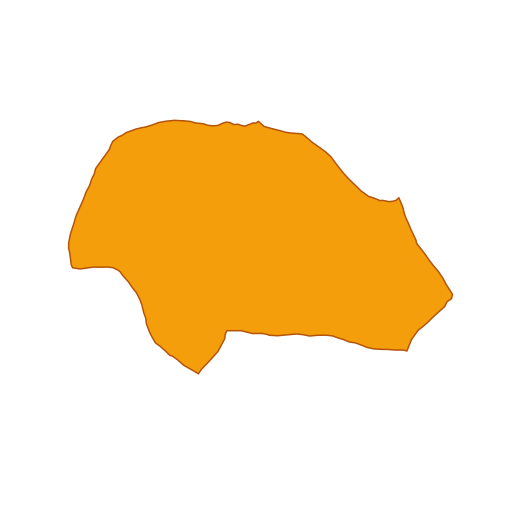 outline of Okitipupa, Ondo, Nigeria, rotated 126°
{"feature_id": "59680162B5540117047510", "entity_name": "Okitipupa", "entity_type": "district", "adm_level": 2, "iso_a3": "NGA", "parent_name": "Nigeria", "parent_adm1": "Ondo", "projection": "natural_earth1", "projection_center": [4.71, 6.565], "detail": "fine", "context": "isolated", "style": "filled", "palette": "amber", "viewbox_px": 512, "rotation_deg": 126, "n_neighbors": 0, "source": "geoboundaries", "source_scale": "gbopen_adm2", "svg_char_len": 2384}
<svg xmlns="http://www.w3.org/2000/svg" viewBox="0 0 512 512"><g transform="rotate(126 256 256)"><path d="M373.3,397.5L369.9,390.7L360.5,381.0L357.1,376.1L352.0,369.3L349.4,364.6L348.6,359.7L348.6,356.8L350.2,351.9L351.9,344.1L354.4,337.1L356.0,331.2L359.4,324.4L362.7,319.5L367.8,313.6L369.6,310.9L371.1,308.7L375.4,304.7L380.4,296.9L382.9,292.0L384.8,287.6L385.4,286.1L385.4,280.3L386.2,272.5L387.0,267.6L386.1,264.6L386.1,257.8L386.4,255.2L386.9,250.0L386.0,242.2L385.1,233.4L379.2,233.5L372.5,232.5L364.9,231.6L355.6,230.7L348.0,231.7L341.2,232.7L337.8,234.7L333.6,235.7L325.1,224.0L320.8,213.3L315.7,206.5L314.5,204.3L313.2,201.7L312.3,198.7L308.0,191.9L307.3,191.1L302.9,186.1L295.3,177.4L291.9,171.5L289.3,165.7L284.2,159.9L279.1,153.1L275.7,147.2L274.0,141.4L272.3,136.5L270.6,129.7L268.0,124.8L266.3,119.0L264.6,112.2L262.0,106.3L257.7,99.5L254.3,94.7L250.1,87.9L245.8,82.0L244.1,78.1L235.0,80.4L232.3,81.1L221.3,81.2L210.3,78.4L201.0,76.8L199.3,76.5L185.8,73.6L180.7,74.6L175.6,72.7L171.4,74.7L167.2,85.5L163.9,92.3L162.6,96.0L161.4,99.2L159.7,106.0L158.1,111.9L154.7,121.7L154.5,122.6L151.4,133.4L148.9,136.3L143.0,147.1L140.5,151.0L137.2,156.9L134.6,160.8L130.4,165.7L127.9,169.7L125.0,174.6L128.8,175.5L131.3,177.5L133.9,180.4L135.2,183.3L136.5,186.2L138.2,188.1L139.9,195.0L141.6,199.8L141.6,203.4L141.6,203.7L141.6,209.6L141.4,210.7L140.8,214.5L140.0,220.3L139.2,226.2L138.4,230.1L137.5,234.0L137.4,234.6L136.7,237.0L135.9,239.9L134.2,245.8L131.7,253.6L130.9,260.4L130.9,265.3L130.9,271.2L131.0,277.0L130.2,286.7L130.2,288.1L130.2,290.7L136.2,300.4L138.7,305.3L140.4,310.1L142.4,315.0L144.7,320.9L146.4,325.7L145.7,333.2L149.0,334.5L149.8,336.4L153.1,338.5L155.6,340.1L157.5,341.3L159.2,345.2L160.0,348.1L162.6,351.0L163.5,355.9L165.2,358.8L167.7,360.7L172.8,363.6L176.2,367.5L178.8,372.4L179.6,375.3L180.5,377.2L183.9,383.1L185.6,387.9L189.0,393.8L191.6,397.7L194.1,401.6L195.9,403.6L196.7,404.5L199.9,408.1L200.1,408.3L205.2,413.2L211.1,417.1L216.2,420.9L220.4,424.8L223.8,427.7L228.1,430.6L232.3,433.5L237.4,435.4L240.8,437.4L247.5,439.3L252.6,438.3L256.0,437.3L260.2,437.2L266.1,437.2L268.5,437.2L272.5,437.2L273.7,437.2L279.6,437.1L284.7,435.1L290.6,434.1L296.5,432.1L304.1,431.1L310.9,429.1L329.5,425.1L337.9,422.1L347.2,419.1L355.6,415.2L359.8,412.2L362.3,409.3L367.4,404.3L371.6,400.4L373.3,397.5Z" fill="#f59e0b" stroke="#b45309" stroke-width="1.5"/></g></svg>